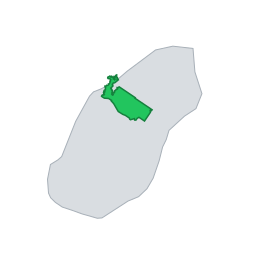 72, Ar Rayyān, Qatar (highlighted), rotated 34°
{"feature_id": "91078587B78903366981324", "entity_name": "72", "entity_type": "district", "adm_level": 2, "iso_a3": "QAT", "parent_name": "Qatar", "parent_adm1": "Ar Rayyān", "projection": "mercator", "projection_center": [50.849, 25.539], "detail": "fine", "context": "in_parent", "style": "filled", "palette": "green", "viewbox_px": 256, "rotation_deg": 34, "n_neighbors": 0, "source": "geoboundaries", "source_scale": "gbopen_adm2", "svg_char_len": 4497}
<svg xmlns="http://www.w3.org/2000/svg" viewBox="0 0 256 256"><g transform="rotate(34 128 128)"><path d="M138.0,224.9L127.6,227.5L117.7,230.3L109.5,230.3L102.9,229.1L98.5,226.4L90.0,215.6L84.1,201.6L87.7,193.7L89.0,188.8L80.9,151.7L78.3,123.1L79.2,117.3L83.9,110.5L91.6,95.6L95.6,81.2L107.2,47.9L119.4,35.1L137.4,25.7L152.1,44.1L170.1,58.2L173.5,73.9L168.2,86.6L163.3,107.0L166.2,116.3L167.3,124.4L172.2,137.9L176.9,155.5L177.7,167.7L175.2,179.0L168.9,188.5L156.7,217.1L153.0,220.0L138.0,224.9Z" fill="#d9dde1" stroke="#a8b0b8" stroke-width="1"/><path d="M137.8,99.4L117.1,99.4L117.1,98.8L98.0,98.8L97.9,99.0L97.9,98.9L97.7,98.9L97.7,99.1L97.5,99.6L97.2,99.7L97.1,99.8L97.1,100.3L96.7,100.5L97.0,100.6L97.1,101.0L97.3,101.2L97.3,101.4L97.4,101.6L97.2,101.7L97.1,101.8L96.9,102.0L96.8,102.3L96.7,102.3L96.7,102.5L96.6,102.8L96.7,103.1L96.6,103.3L96.5,103.5L96.4,103.8L96.5,104.3L96.4,104.5L96.2,104.6L96.0,104.8L96.1,105.0L96.3,105.3L96.5,105.4L96.7,105.7L96.8,105.8L96.9,106.1L96.7,106.1L96.8,106.3L96.6,106.6L96.5,106.8L96.0,107.1L96.0,107.3L95.9,107.3L96.0,107.8L96.3,108.2L96.8,108.3L97.1,108.5L97.1,108.8L97.1,109.0L96.8,109.4L96.7,109.4L96.6,109.0L95.8,109.1L95.8,108.8L95.5,108.5L95.8,108.4L95.7,108.4L95.5,108.2L95.3,108.1L95.2,108.1L95.1,107.9L94.9,107.9L94.9,107.5L95.0,107.2L95.0,106.7L94.8,106.4L94.5,106.3L94.4,106.2L94.3,106.3L94.2,106.2L94.0,105.9L93.9,105.9L94.0,105.7L93.6,105.4L93.4,105.4L93.4,105.5L93.3,105.4L93.1,105.3L92.9,105.3L92.9,105.2L92.7,105.2L92.6,104.7L92.8,104.7L92.0,104.6L92.0,104.8L91.9,104.8L91.6,104.8L91.4,104.6L91.5,103.9L91.6,103.5L91.8,102.8L92.0,102.2L91.9,102.1L91.9,101.9L91.7,101.7L91.8,101.6L91.7,101.5L91.7,101.2L91.4,100.9L91.4,101.0L91.1,101.0L90.7,100.8L90.6,100.7L90.6,100.2L90.6,99.8L90.6,99.3L90.7,98.8L91.5,98.2L91.7,97.9L92.0,97.2L92.2,96.6L92.1,96.2L92.2,95.7L92.3,95.6L92.6,95.2L92.7,94.8L92.8,94.5L92.7,94.3L92.7,94.0L92.8,94.0L92.9,93.8L92.7,93.8L92.7,93.6L92.8,93.3L92.8,93.2L92.4,93.0L92.1,93.1L92.2,93.4L91.9,93.4L91.7,93.5L91.7,93.4L91.5,93.1L91.4,93.1L91.3,92.9L91.4,92.6L91.2,92.4L91.1,92.2L90.9,92.0L90.7,92.0L90.5,91.9L90.3,92.0L90.2,92.1L89.7,92.2L89.8,92.1L89.7,92.1L89.6,91.9L89.5,92.0L89.4,92.0L89.2,92.0L89.3,91.9L89.2,91.6L88.9,91.1L89.0,90.9L89.0,90.7L89.2,90.8L89.2,90.7L89.1,90.4L88.9,90.5L88.6,90.6L88.6,90.8L88.6,91.1L88.9,91.5L88.5,91.7L88.5,91.9L88.7,92.0L88.9,92.2L88.9,92.5L88.8,92.4L88.8,92.5L88.7,92.8L88.6,92.7L88.5,92.8L88.2,92.8L87.9,92.9L88.0,93.0L88.4,93.1L88.4,93.3L88.5,93.3L88.4,93.5L88.5,93.7L88.8,94.0L89.1,94.1L89.2,94.3L89.6,94.6L89.8,94.8L89.6,94.9L89.8,94.9L89.8,95.2L89.7,95.1L89.4,94.8L89.4,94.7L89.2,94.5L89.1,94.4L88.9,94.3L88.7,94.1L88.2,94.2L87.8,94.1L87.9,94.4L88.0,94.4L88.1,94.7L88.4,95.0L88.6,95.2L88.5,95.5L88.3,95.3L88.3,95.2L88.2,95.2L87.9,94.9L87.7,94.5L87.3,94.4L87.1,94.5L86.2,94.3L86.2,94.5L86.0,94.9L85.8,95.0L85.7,95.2L85.6,95.3L85.5,95.1L85.3,95.0L85.4,94.9L85.5,94.9L85.6,94.7L85.6,94.4L85.4,94.4L85.5,94.6L85.4,94.6L85.4,94.8L85.2,94.9L85.3,94.8L85.3,94.7L85.2,94.7L85.1,94.9L84.5,95.1L84.2,95.3L83.9,95.2L83.7,95.3L83.7,95.6L83.6,95.8L83.1,96.7L83.0,96.8L82.8,97.2L82.9,97.4L83.2,97.4L83.4,97.6L83.4,98.0L84.0,98.1L84.4,98.5L84.3,98.3L84.4,98.1L84.9,97.7L85.3,97.4L85.9,97.3L86.5,97.4L86.7,97.5L86.8,97.6L86.8,97.8L86.6,98.1L86.9,98.6L86.8,98.8L86.9,99.1L87.1,99.2L87.0,99.4L87.2,99.5L87.3,99.8L87.6,100.3L87.6,100.6L87.7,100.8L87.8,101.3L87.7,101.5L87.8,101.8L87.4,102.2L87.3,102.3L87.5,102.4L87.5,102.7L87.7,103.1L87.4,103.9L87.2,104.0L87.1,104.3L86.8,104.5L86.6,104.6L86.4,104.6L86.4,104.8L86.4,105.0L86.3,105.3L86.3,105.5L86.1,105.6L86.1,105.9L85.9,106.1L86.0,106.2L85.9,106.3L85.7,106.3L85.9,106.6L85.9,106.8L86.4,106.9L86.8,107.0L86.8,107.3L86.9,107.6L87.4,108.1L87.7,108.6L87.7,108.8L87.8,108.9L87.7,109.3L87.5,109.5L87.8,109.8L87.9,110.0L88.1,110.2L88.1,110.4L88.2,110.5L88.4,110.8L88.6,111.1L88.6,111.3L88.4,111.5L88.2,111.3L88.1,111.5L88.0,111.4L87.9,111.6L88.0,111.7L87.9,111.7L87.6,111.5L87.7,111.8L87.8,112.1L88.0,112.1L87.9,112.3L88.0,112.4L88.2,112.6L88.4,112.8L88.6,113.0L88.9,113.3L89.1,113.4L89.1,113.6L89.0,113.8L89.3,113.9L89.3,114.1L89.2,114.4L89.4,114.3L89.3,114.6L89.3,114.4L88.8,114.8L88.2,115.1L88.2,116.4L89.0,116.6L91.7,116.5L95.4,114.4L98.9,114.3L98.9,114.9L102.5,115.8L110.7,119.8L116.1,119.6L118.7,119.0L123.6,119.0L124.4,119.7L125.4,119.8L128.0,116.7L129.0,117.7L129.4,117.6L130.2,116.9L130.2,114.9L131.1,113.0L137.8,113.0L137.8,102.4L136.5,101.1L136.5,100.5L137.8,100.5L137.8,99.4Z" fill="#22c55e" stroke="#15803d" stroke-width="1.5"/></g></svg>